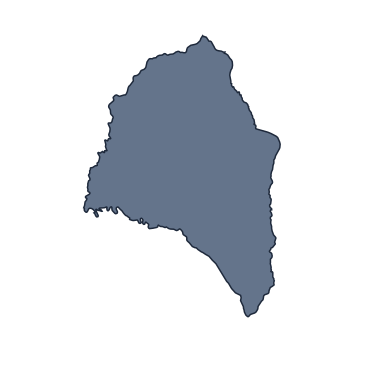 outline of El Piedrero, Cañar, Ecuador, rotated 329°
{"feature_id": "8360857B56552951365472", "entity_name": "El Piedrero", "entity_type": "district", "adm_level": 2, "iso_a3": "ECU", "parent_name": "Ecuador", "parent_adm1": "Cañar", "projection": "equal_earth", "projection_center": [-79.265, -2.388], "detail": "fine", "context": "isolated", "style": "filled", "palette": "slate", "viewbox_px": 384, "rotation_deg": 329, "n_neighbors": 0, "source": "geoboundaries", "source_scale": "gbopen_adm2", "svg_char_len": 6016}
<svg xmlns="http://www.w3.org/2000/svg" viewBox="0 0 384 384"><g transform="rotate(329 192 192)"><path d="M281.7,63.5L278.7,65.0L276.9,66.5L272.9,67.4L270.9,67.1L266.5,65.6L262.9,65.9L262.1,66.2L260.9,67.2L259.8,68.5L258.9,69.0L257.9,69.1L256.7,68.4L255.4,67.1L254.0,66.5L253.2,64.8L252.4,64.2L249.8,63.7L248.8,64.0L246.7,63.9L244.0,62.6L241.9,62.3L241.3,61.8L240.3,59.7L239.6,59.2L238.7,59.1L237.8,59.3L236.8,59.2L234.3,58.0L232.8,57.8L231.6,57.9L230.5,58.4L227.8,57.3L226.7,57.4L224.5,56.0L223.3,56.0L220.4,57.4L216.9,61.1L216.0,61.7L214.2,62.2L211.2,61.7L210.2,62.0L208.2,63.3L205.7,63.8L204.5,63.6L202.3,62.8L201.1,63.2L200.2,64.0L198.9,66.6L193.6,68.7L192.3,68.9L190.9,69.9L188.4,72.5L186.5,73.9L185.1,74.5L183.6,73.8L179.2,72.7L178.8,72.3L177.4,70.1L176.9,69.8L175.8,69.6L173.4,70.2L173.1,70.4L172.9,70.9L172.4,72.8L171.7,73.4L166.5,74.3L165.4,74.9L164.6,75.8L164.3,76.7L164.3,79.5L162.7,82.8L162.6,83.8L163.1,86.2L162.9,87.4L162.6,87.8L161.5,88.5L159.8,90.3L159.2,90.7L158.4,90.9L157.6,90.9L156.3,90.0L155.8,89.9L155.5,90.1L155.2,90.6L154.7,94.7L154.2,95.9L152.6,98.0L150.8,99.4L150.1,100.2L149.8,101.3L150.0,103.6L149.8,104.3L149.4,104.3L148.1,103.4L147.2,103.7L146.4,104.6L145.8,104.6L144.6,102.9L144.3,102.7L143.8,102.9L142.6,106.9L141.2,108.5L140.4,112.7L140.1,112.7L139.1,111.9L138.5,111.7L137.4,113.0L137.0,113.0L136.7,112.6L136.4,111.3L135.6,111.4L135.0,111.1L133.9,111.4L133.2,111.2L132.3,110.0L131.5,110.0L131.2,110.6L131.2,113.4L130.9,114.5L129.4,116.3L127.2,118.2L125.5,118.4L124.5,120.4L123.8,120.3L122.7,119.7L119.3,119.8L117.7,119.1L117.2,119.2L116.4,120.5L115.2,121.1L114.4,122.6L113.7,123.5L112.7,123.8L111.9,124.4L111.4,128.0L110.7,129.1L109.1,129.2L107.0,131.2L106.0,132.9L104.8,134.1L104.1,136.3L103.3,137.3L103.2,137.9L103.3,138.5L103.9,139.3L104.1,139.8L103.7,140.7L102.8,141.0L98.5,141.0L97.9,141.9L98.0,142.5L98.5,143.2L98.3,143.8L97.2,144.7L95.3,145.4L92.9,148.3L91.0,149.8L91.2,150.1L91.2,151.0L90.4,151.8L90.2,153.0L90.6,154.5L91.3,155.1L92.2,154.9L94.7,153.3L95.8,153.2L96.5,153.6L97.5,154.5L98.3,156.1L98.7,158.3L98.6,159.2L98.2,159.5L97.2,159.4L97.5,160.8L97.2,162.7L97.3,163.7L97.6,164.4L98.7,164.7L99.0,164.5L99.5,163.8L100.0,159.2L100.6,157.5L101.0,157.5L101.9,159.2L103.3,160.5L104.7,162.1L105.0,162.2L105.0,160.7L103.6,159.1L103.8,158.4L104.4,158.2L108.9,160.4L110.9,160.8L111.2,161.1L111.2,161.4L110.4,162.4L109.9,163.9L110.1,164.6L110.5,164.9L111.6,164.7L114.1,163.0L114.7,163.0L115.3,163.3L115.4,163.8L114.5,165.5L114.1,166.8L114.9,170.6L115.5,171.4L116.9,171.6L117.4,171.2L117.8,170.8L118.0,170.2L118.2,167.9L118.5,167.1L119.0,166.6L119.6,166.4L120.6,166.6L121.0,167.1L121.6,170.2L122.2,171.7L122.5,175.3L122.9,177.3L123.1,178.0L123.7,178.6L124.5,180.7L125.2,182.0L125.0,182.7L124.5,183.0L124.5,183.6L126.3,185.7L127.3,186.4L130.5,187.7L130.8,189.1L130.5,191.1L131.2,192.1L132.1,192.3L132.5,192.1L132.9,191.5L133.4,189.3L133.8,188.6L134.1,188.3L135.1,188.4L135.5,189.1L135.6,190.4L135.4,191.0L134.0,192.4L133.7,193.4L133.7,194.3L134.1,195.0L134.8,195.2L136.5,194.0L137.0,194.1L138.1,197.1L138.1,197.6L136.4,199.4L136.3,200.8L136.7,201.5L139.8,202.9L143.5,204.2L144.6,204.2L145.7,203.1L146.1,203.1L147.2,205.3L148.8,206.3L150.6,208.6L152.0,208.8L153.1,211.1L153.6,211.8L154.5,212.7L157.2,214.5L158.5,216.6L159.1,217.2L160.4,217.4L162.0,217.2L162.4,217.3L162.9,218.1L163.2,219.4L163.4,221.1L162.6,223.5L162.6,224.0L162.8,224.6L164.1,227.3L164.1,228.0L163.7,229.0L162.8,230.4L162.8,231.7L163.6,234.4L164.2,238.9L165.8,241.2L167.0,242.2L167.5,244.4L169.1,248.0L170.2,249.6L171.5,252.4L173.5,255.9L174.3,260.9L175.6,265.8L175.7,286.5L176.3,289.0L176.2,295.1L177.3,300.8L180.4,305.6L179.7,307.9L177.7,310.1L177.0,316.7L176.1,318.6L176.0,319.6L175.1,321.9L174.8,325.2L175.4,327.3L175.9,327.8L176.7,327.8L178.5,327.2L179.3,327.1L183.5,328.0L185.2,327.8L187.8,326.4L188.5,325.7L189.7,324.1L195.3,321.4L197.1,321.0L197.9,320.4L200.0,317.9L201.3,317.5L204.7,318.2L205.9,317.9L207.4,316.1L209.9,314.2L212.4,314.2L214.5,313.9L215.1,312.3L215.5,311.7L216.0,311.1L216.8,310.5L216.9,309.5L217.5,308.4L217.4,306.8L217.6,306.3L219.7,302.8L219.8,301.9L218.9,301.4L218.7,301.1L218.7,300.7L219.5,300.2L219.9,299.7L220.1,298.6L220.8,297.7L221.4,296.4L222.2,293.7L222.9,292.9L224.6,290.0L226.7,289.3L227.8,288.1L228.6,285.8L228.3,284.4L227.7,283.5L227.8,282.7L228.3,282.3L229.7,281.9L230.7,280.8L231.4,280.8L232.4,281.0L236.5,279.5L236.9,278.8L236.9,277.6L240.2,274.7L240.3,273.7L239.8,270.8L240.6,266.7L241.4,264.4L242.6,262.3L243.3,259.4L244.6,257.5L245.4,256.7L245.4,255.2L245.8,254.5L246.4,253.9L247.9,253.7L248.6,253.1L249.2,250.9L249.1,248.8L250.2,247.9L250.7,247.9L251.1,248.3L251.6,247.6L251.1,245.0L251.2,244.2L252.0,243.0L253.1,242.8L253.6,242.3L255.9,239.4L256.2,238.3L256.0,237.4L256.1,236.7L257.2,235.2L256.8,233.4L258.3,231.7L259.2,229.4L260.6,228.7L262.6,226.9L264.5,226.0L265.2,225.9L266.0,225.2L266.5,224.0L266.7,220.9L267.1,219.8L268.0,219.1L268.6,217.8L269.1,217.2L270.6,215.6L272.6,214.2L275.2,210.9L277.0,209.4L278.7,206.6L280.2,206.0L282.3,204.0L289.3,199.9L290.3,199.0L292.2,196.4L292.9,194.1L293.5,189.4L292.9,187.6L290.0,182.8L287.8,179.8L280.1,171.6L279.3,170.6L279.7,169.6L280.6,168.7L280.9,167.9L280.9,167.4L280.2,166.3L280.1,165.7L281.0,165.5L282.4,161.9L282.2,159.7L283.0,158.0L283.0,155.9L283.5,155.0L283.6,154.3L283.3,151.0L283.7,150.2L283.7,149.0L284.5,148.1L284.4,146.9L284.8,145.7L284.4,143.6L282.9,141.7L282.6,139.7L282.6,138.8L283.3,137.5L283.3,135.5L284.0,134.3L283.9,133.9L283.1,133.6L283.0,133.1L283.9,131.0L283.9,130.5L283.6,130.3L282.5,130.4L282.2,130.2L282.2,128.5L281.4,125.7L281.8,123.4L281.6,123.1L280.9,123.0L280.8,121.1L280.9,120.7L281.8,119.6L281.3,118.8L282.4,117.0L284.5,111.3L286.0,109.5L288.2,107.5L290.1,106.5L292.0,104.3L293.6,101.1L293.8,99.2L293.3,97.0L293.2,93.0L292.1,90.7L291.2,89.8L292.3,89.0L291.0,88.3L289.7,86.4L287.5,84.6L286.1,83.1L285.7,81.9L285.5,80.7L285.7,79.2L285.9,73.2L285.5,72.3L284.2,71.4L284.0,67.0L283.7,66.2L283.2,66.1L282.7,65.1L281.9,64.7L281.7,63.5Z" fill="#64748b" stroke="#1e293b" stroke-width="1.5"/></g></svg>